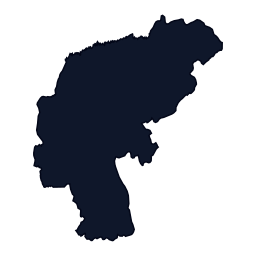 the district of Nalae, Louang Namtha, Laos, rotated 180°
{"feature_id": "54806243B58985543260774", "entity_name": "Nalae", "entity_type": "district", "adm_level": 2, "iso_a3": "LAO", "parent_name": "Laos", "parent_adm1": "Louang Namtha", "projection": "equal_earth", "projection_center": [101.371, 20.533], "detail": "fine", "context": "isolated", "style": "filled", "palette": "ink", "viewbox_px": 256, "rotation_deg": 180, "n_neighbors": 0, "source": "geoboundaries", "source_scale": "gbopen_adm2", "svg_char_len": 5890}
<svg xmlns="http://www.w3.org/2000/svg" viewBox="0 0 256 256"><g transform="rotate(180 128 128)"><path d="M216.2,143.5L217.7,139.9L218.3,132.7L219.3,125.9L218.3,121.6L213.1,114.7L212.8,113.3L212.9,112.0L214.5,111.1L214.4,110.5L214.6,110.0L215.7,110.8L216.2,110.6L216.7,111.3L218.5,109.6L220.2,110.2L221.3,108.8L222.2,103.2L222.2,101.7L222.1,100.3L221.2,97.6L220.8,96.9L220.9,94.8L221.9,90.4L219.3,89.3L218.7,89.4L217.8,90.2L216.9,88.7L216.4,88.9L215.9,88.2L215.0,88.1L214.6,87.7L214.5,86.0L215.6,85.1L215.9,84.5L215.3,81.3L215.6,80.7L215.4,78.4L214.7,75.6L213.9,74.3L213.5,72.2L212.8,70.8L212.3,70.6L212.2,69.3L211.5,68.8L210.4,69.0L209.2,69.9L207.8,69.2L206.7,70.1L206.0,70.1L205.7,69.7L205.1,70.2L204.3,70.1L202.7,68.9L191.7,69.1L189.1,72.0L186.3,72.2L185.3,66.7L183.5,61.8L182.3,60.8L181.8,59.4L183.0,55.2L181.7,54.5L179.3,52.5L178.5,50.4L177.9,47.8L175.5,46.5L175.2,45.2L175.5,40.9L175.3,39.5L174.7,39.2L174.3,39.6L172.5,39.5L172.4,38.9L171.6,38.3L171.3,37.8L171.7,36.3L172.7,34.7L174.9,33.6L175.4,31.6L177.0,29.5L178.3,27.1L178.5,26.2L180.1,25.5L178.0,22.6L177.4,21.4L177.0,21.1L175.1,20.9L175.0,20.0L173.6,20.7L172.9,21.7L172.1,21.8L171.5,22.6L170.7,22.5L170.6,21.1L171.0,19.6L170.2,18.4L169.0,16.9L166.7,17.0L164.8,15.5L163.8,15.6L162.2,17.4L160.6,18.3L159.0,17.4L155.8,19.0L154.2,18.7L153.3,16.8L152.8,16.5L151.5,16.7L150.1,18.1L149.5,18.2L147.8,17.6L146.8,16.5L143.7,15.4L142.7,15.6L141.3,17.0L139.0,18.2L138.7,19.0L138.6,20.5L138.2,21.5L136.1,20.0L133.7,19.9L132.8,20.8L132.2,20.9L131.3,20.6L130.5,19.7L125.7,21.1L124.4,21.6L123.5,22.5L122.5,24.3L121.8,26.6L123.3,31.6L124.5,34.2L126.7,46.0L127.8,47.3L128.1,48.2L127.2,52.3L127.7,60.5L128.9,64.8L131.3,69.6L133.2,72.1L136.9,78.8L140.5,89.0L141.2,91.7L141.6,95.1L140.5,98.4L139.8,99.3L138.6,98.6L137.0,98.2L131.3,100.3L130.0,102.4L128.4,104.1L126.5,104.4L125.4,103.3L124.9,100.9L124.8,99.1L123.4,98.0L121.9,98.3L121.1,99.9L118.0,100.8L117.2,98.7L116.5,95.1L115.3,92.5L113.7,90.6L113.1,90.7L112.7,92.6L111.7,93.6L110.0,94.2L107.3,93.3L106.1,93.6L104.9,95.1L104.7,98.2L104.9,99.8L103.1,100.9L99.8,107.0L97.8,108.9L98.5,109.7L99.0,111.1L100.2,113.2L102.1,111.9L103.7,112.0L104.7,112.7L105.5,116.4L106.3,118.0L107.0,120.5L106.2,121.5L104.6,122.7L106.1,125.5L108.1,126.4L110.4,126.7L114.5,132.6L111.0,133.9L110.3,134.6L109.5,134.5L109.0,133.4L108.3,133.5L104.5,136.7L104.1,137.9L102.7,136.2L102.0,134.4L100.4,133.6L98.5,134.5L96.9,136.8L95.3,138.0L92.2,138.7L84.2,142.0L82.3,143.2L80.2,145.4L80.1,148.7L77.8,153.4L75.6,156.0L73.7,157.5L70.0,161.3L68.8,160.8L66.6,163.2L65.8,162.6L65.0,162.7L63.7,163.9L62.1,165.6L61.6,166.8L61.6,168.3L59.6,171.8L59.8,173.6L60.5,176.4L61.7,178.6L65.1,180.6L66.2,182.0L66.1,182.8L63.2,186.1L62.8,188.0L63.5,192.1L62.1,194.2L61.1,194.4L58.1,196.5L55.2,194.9L54.4,192.8L52.7,191.5L50.3,193.9L47.3,196.1L46.8,197.2L45.4,198.2L44.7,199.3L43.1,199.5L42.0,200.8L40.8,203.0L39.2,203.6L39.3,203.8L37.8,205.0L36.1,205.7L34.6,205.8L33.9,207.2L33.8,213.4L35.3,214.0L37.0,216.1L38.5,218.5L40.2,220.2L42.1,221.4L43.7,226.6L46.4,228.5L51.2,230.3L52.2,232.8L56.3,235.7L58.9,236.3L62.6,234.1L64.9,233.3L68.4,231.3L69.9,231.2L71.3,232.4L72.5,234.6L73.0,236.5L74.7,236.9L77.4,236.0L81.8,235.2L85.3,233.8L87.3,232.2L89.5,232.0L90.8,233.5L91.4,238.9L93.4,240.6L94.6,240.1L95.2,235.9L96.2,235.0L98.0,235.1L99.8,234.3L101.2,232.1L102.7,228.6L105.3,225.2L105.8,223.2L106.8,222.0L106.3,221.0L107.5,218.8L108.5,217.8L108.9,217.7L109.8,218.7L110.0,217.3L111.1,218.2L112.0,217.2L112.2,217.4L112.0,218.5L113.1,218.0L113.9,219.4L114.9,219.8L115.7,218.7L117.0,218.5L118.3,216.9L118.8,217.7L120.1,217.9L120.6,217.5L120.9,217.6L121.4,218.6L121.8,217.8L121.6,217.4L121.9,217.2L122.4,217.8L122.3,218.5L122.8,218.2L123.2,218.5L123.2,220.8L123.5,222.0L125.7,221.1L128.9,218.7L129.6,219.4L129.9,219.3L130.0,219.0L129.4,219.0L129.4,218.7L130.1,217.7L132.4,218.0L133.7,216.6L135.2,217.1L137.3,215.3L138.3,215.8L139.1,214.7L138.9,213.6L139.7,214.8L141.5,215.1L141.8,214.4L143.0,215.0L143.0,213.9L143.6,214.2L143.7,215.0L144.0,215.0L144.5,213.9L145.2,214.4L145.2,213.6L145.8,212.9L146.1,213.1L146.0,213.6L146.3,213.6L146.5,212.7L147.0,212.9L147.7,214.5L148.0,214.1L148.0,213.4L148.5,213.0L150.0,213.4L150.5,212.8L150.7,213.1L150.6,213.7L151.2,213.6L151.3,212.3L151.6,212.0L151.2,211.1L151.5,210.7L151.8,211.2L151.7,211.7L152.7,211.5L153.2,212.6L153.7,212.3L153.9,211.5L155.0,211.2L155.4,211.6L155.4,212.3L156.0,213.2L155.8,212.1L156.2,211.3L156.5,212.0L157.4,212.1L157.1,212.8L157.9,213.2L158.5,214.3L159.0,213.5L157.8,212.4L157.9,211.7L158.5,212.2L158.5,211.5L158.6,211.3L159.2,211.7L159.2,210.7L159.9,211.1L160.5,210.4L160.8,210.8L160.3,211.8L160.3,212.2L160.9,212.4L161.3,211.8L161.9,211.6L162.0,210.9L162.7,211.0L162.8,210.5L162.5,210.2L162.7,209.8L163.6,208.4L164.6,207.5L165.5,207.8L165.6,208.2L165.3,208.9L165.7,209.2L166.3,208.5L167.0,208.8L167.1,207.6L167.8,207.9L168.6,207.5L169.2,207.7L169.3,206.8L169.6,206.5L170.0,206.8L169.7,207.1L169.8,207.4L170.1,207.0L170.3,207.2L171.2,205.7L171.5,206.1L172.1,205.6L173.4,205.8L174.0,204.5L174.8,203.6L175.3,203.9L175.2,203.4L175.7,202.6L175.4,201.5L175.7,200.8L176.3,201.0L176.5,202.0L177.4,202.1L177.4,202.5L177.1,203.0L178.0,203.2L178.6,202.0L179.0,202.2L178.9,203.1L179.1,203.2L179.5,202.7L180.0,203.0L180.4,202.2L180.6,202.1L180.8,202.8L181.0,202.8L181.2,202.0L181.8,201.3L182.9,201.4L183.2,200.9L183.7,202.5L184.1,202.0L184.6,202.2L184.7,201.0L185.8,202.1L185.9,201.6L186.3,201.6L186.6,200.2L188.2,197.4L188.4,197.3L189.3,198.1L189.4,197.4L190.6,196.7L190.4,195.2L189.8,194.7L189.6,193.9L193.5,185.1L195.3,182.8L196.1,181.1L196.7,178.2L197.6,176.9L198.6,173.7L199.3,169.4L200.7,166.5L200.8,165.5L200.3,161.8L200.7,161.1L201.3,161.3L202.1,160.6L202.4,160.0L203.0,160.4L204.2,159.6L204.4,159.0L205.0,159.3L205.8,159.0L208.5,159.3L209.6,158.8L212.9,159.5L214.2,159.1L215.7,157.6L218.5,153.2L218.9,151.5L217.2,148.1L216.2,143.5Z" fill="#0f172a" stroke="#020617" stroke-width="1.5"/></g></svg>